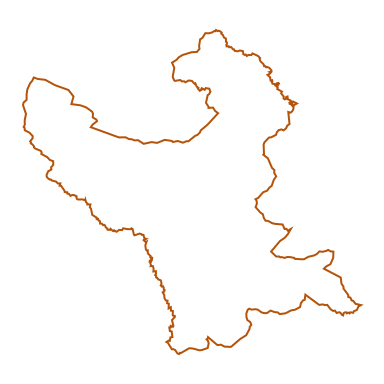 outline of Rio Verde, Goiás, Brazil
{"feature_id": "56859067B61062500019904", "entity_name": "Rio Verde", "entity_type": "district", "adm_level": 2, "iso_a3": "BRA", "parent_name": "Brazil", "parent_adm1": "Goiás", "projection": "mercator", "projection_center": [-51.014, -17.719], "detail": "fine", "context": "isolated", "style": "outline", "palette": "amber", "viewbox_px": 384, "rotation_deg": 0, "n_neighbors": 0, "source": "geoboundaries", "source_scale": "gbopen_adm2", "svg_char_len": 5917}
<svg xmlns="http://www.w3.org/2000/svg" viewBox="0 0 384 384"><path d="M169.9,331.1L171.7,331.4L172.4,337.1L170.4,337.4L169.7,341.0L168.6,340.6L166.5,342.0L167.8,342.7L171.9,349.3L173.5,349.2L175.2,350.1L177.5,353.5L179.2,354.0L179.9,352.8L180.8,353.1L189.3,348.2L193.4,348.6L199.3,350.3L201.6,350.1L207.7,348.0L208.7,343.3L207.8,340.5L206.6,339.4L207.7,338.5L208.0,337.1L217.4,345.1L221.0,344.7L224.5,346.6L230.7,346.9L231.8,346.2L240.2,339.0L246.2,335.2L249.5,329.1L249.7,327.1L251.3,324.8L250.2,322.0L247.4,320.1L246.5,317.4L246.3,313.7L247.7,309.8L249.2,308.7L251.4,309.6L255.5,309.2L257.8,309.7L261.6,312.4L264.2,313.1L266.9,313.1L270.6,310.6L274.6,312.1L277.8,312.4L279.7,314.1L285.6,313.3L291.1,310.4L295.1,309.7L300.1,307.0L300.9,303.2L303.0,300.4L304.7,299.8L305.4,294.7L319.2,304.9L322.9,304.4L324.8,305.1L327.3,304.9L330.5,309.2L333.0,310.9L334.9,310.6L336.7,313.0L339.1,312.2L340.3,312.7L342.0,314.9L343.1,315.4L343.6,313.2L344.8,312.4L346.7,312.4L346.9,313.3L349.2,312.6L349.6,313.3L350.8,312.3L353.2,312.8L353.8,311.3L356.9,309.9L358.9,305.5L359.6,305.9L361.0,305.1L355.5,303.8L353.3,300.9L351.6,300.4L350.4,297.6L348.3,297.0L348.2,294.9L343.5,288.6L343.5,286.7L341.5,283.7L340.7,277.5L323.9,268.7L326.3,266.4L330.4,264.2L333.2,257.9L333.4,251.6L330.7,251.4L328.1,249.9L326.4,250.9L322.4,251.8L319.4,251.4L316.8,254.1L313.9,255.5L308.3,256.8L304.1,259.2L301.5,259.3L294.7,258.8L294.2,257.9L290.2,257.1L287.3,257.0L284.6,257.9L281.7,257.1L280.2,257.3L279.2,256.5L276.2,256.5L271.1,251.6L279.9,241.1L284.7,237.8L287.7,234.4L290.8,229.0L287.9,230.7L286.4,228.8L284.6,229.0L282.6,224.5L275.3,223.9L272.4,223.3L268.0,220.9L265.5,220.7L263.8,217.9L262.9,214.3L260.2,212.4L255.6,207.1L256.9,203.7L256.6,200.7L255.5,199.2L258.1,198.0L263.2,192.2L267.1,190.7L269.5,187.5L271.7,185.9L273.7,180.0L276.2,176.3L274.2,172.9L274.4,170.1L272.0,167.9L267.9,158.3L263.3,154.7L264.0,153.9L263.6,144.7L264.4,142.4L268.9,137.6L271.2,137.3L276.1,134.8L276.8,132.3L278.6,130.2L281.5,129.4L283.5,130.4L286.0,128.4L287.4,125.5L289.5,124.1L288.3,112.0L290.5,112.7L292.2,111.3L293.4,109.0L293.7,105.3L296.9,103.5L293.0,101.5L292.0,102.5L292.8,105.2L292.4,105.9L290.8,104.0L289.7,103.9L289.4,102.7L291.2,101.6L290.7,100.5L287.8,99.3L287.5,96.5L286.3,96.9L285.7,99.1L284.9,99.4L283.5,98.4L283.8,96.7L281.1,93.3L282.0,91.6L277.3,89.1L277.7,87.4L276.9,86.8L279.0,83.5L278.2,82.9L276.8,83.3L276.0,85.6L275.2,85.4L275.1,84.1L272.5,83.7L271.8,81.9L272.4,81.1L272.1,80.1L270.6,80.5L270.0,77.2L267.5,74.9L269.9,73.7L270.7,72.7L269.6,72.0L271.5,71.5L271.5,70.5L269.4,67.9L266.9,66.9L266.1,67.3L265.1,66.1L264.1,66.2L263.6,64.3L260.4,61.2L259.6,58.9L260.1,58.1L258.1,56.0L252.5,53.4L251.3,55.1L248.4,54.9L246.8,56.0L245.7,54.5L244.6,54.9L243.3,54.1L242.9,51.1L239.8,50.5L237.7,51.3L234.8,50.9L234.0,49.4L233.1,49.4L231.2,47.1L229.0,47.2L228.6,46.2L226.6,46.4L226.3,44.8L226.9,44.1L226.9,42.4L226.0,41.8L225.9,38.6L223.9,37.4L223.0,35.1L221.3,33.7L221.7,32.6L220.1,31.3L218.4,30.7L217.5,31.1L216.0,30.0L215.3,31.2L214.4,31.0L212.2,32.4L209.0,33.3L205.3,33.2L202.5,37.8L200.1,39.4L199.1,46.1L199.5,48.9L196.8,52.0L191.7,52.2L182.6,55.0L178.9,57.2L176.7,59.7L172.0,62.7L174.3,67.7L172.7,76.9L174.2,80.4L175.0,80.9L180.2,80.0L181.9,81.4L184.1,81.3L185.4,82.3L188.7,80.5L191.9,80.9L194.5,83.8L195.3,83.3L196.7,86.6L198.4,87.9L197.9,88.6L199.8,90.8L201.8,89.6L201.3,89.0L201.8,88.2L204.7,89.8L205.7,88.1L209.3,88.7L210.4,91.7L209.2,94.1L207.7,95.1L206.0,102.8L208.6,106.9L208.5,107.9L213.0,107.6L215.2,111.0L218.1,113.2L207.4,124.8L200.7,130.4L199.9,132.5L197.5,134.9L195.2,135.8L188.4,141.3L186.6,141.2L182.9,142.7L177.9,141.0L172.8,142.0L171.7,140.9L164.7,139.9L157.1,142.9L151.6,142.1L143.7,143.8L138.0,140.2L134.7,140.4L131.9,139.3L129.0,139.1L125.6,137.3L118.9,137.4L90.8,127.2L92.7,124.5L97.0,121.2L96.4,119.6L92.7,117.4L93.0,113.5L92.0,111.6L86.4,107.5L84.3,106.7L80.3,105.3L71.4,104.1L73.5,96.5L68.5,90.0L55.1,85.2L45.2,79.8L37.9,79.0L33.8,77.5L32.1,81.0L30.1,83.3L27.4,89.2L26.6,94.3L26.6,99.9L23.6,102.5L23.0,105.1L26.0,114.0L24.7,120.2L24.8,124.7L23.7,127.0L24.6,127.8L24.8,130.3L29.4,132.6L32.7,136.1L32.6,138.3L30.1,141.3L31.1,142.5L30.8,143.4L32.5,144.5L34.1,146.5L34.0,147.5L35.3,148.6L40.7,150.8L41.7,152.3L41.3,153.9L47.2,157.1L49.8,159.9L53.2,161.2L53.2,164.9L51.1,167.3L51.3,169.6L48.2,171.3L46.6,174.9L46.7,176.8L48.3,178.6L49.8,179.6L50.8,179.4L51.6,180.4L56.1,181.6L57.9,183.5L60.3,183.4L59.6,185.7L61.1,185.8L64.6,190.9L64.7,192.0L67.3,192.3L67.3,193.6L69.0,193.9L70.5,195.9L72.2,195.0L74.1,195.1L76.6,196.3L76.4,197.6L77.2,199.2L78.2,199.5L82.5,199.4L85.0,200.3L85.3,199.4L86.1,202.3L87.5,203.6L87.4,204.5L90.4,204.4L89.8,207.2L91.0,208.7L92.3,214.9L96.7,217.7L96.5,218.8L97.3,219.4L98.1,219.0L98.7,220.6L99.9,221.2L100.1,223.6L101.8,223.6L103.1,225.2L104.1,224.8L105.0,225.4L105.8,227.4L107.4,228.6L107.5,229.7L110.0,229.9L110.5,228.8L112.8,230.9L113.7,231.2L114.2,230.3L116.5,231.8L119.2,229.9L122.1,230.1L123.2,228.3L127.7,229.2L131.1,229.1L131.5,228.4L132.6,229.0L133.9,234.7L134.6,235.3L139.6,233.6L141.4,234.1L141.9,234.9L143.5,234.9L144.0,237.2L145.2,238.7L146.1,238.9L144.6,239.8L144.1,239.4L143.6,240.1L145.7,242.1L146.6,241.6L145.3,245.4L145.9,249.4L146.6,250.5L147.7,250.3L147.9,253.5L150.5,255.9L150.2,256.9L152.2,257.7L152.1,258.7L151.0,258.2L151.6,260.3L149.8,260.6L149.6,261.7L150.9,261.9L150.3,263.2L151.1,265.5L150.8,266.1L152.9,266.1L153.6,268.7L153.4,271.5L155.9,271.2L156.0,273.5L155.2,275.0L155.9,275.3L156.2,277.5L157.2,277.8L158.2,279.4L160.7,280.3L161.1,281.2L161.5,283.9L160.7,285.4L161.9,286.6L162.8,286.1L163.7,287.6L163.8,289.9L164.6,290.2L164.1,291.7L162.7,292.3L164.2,295.0L164.5,298.3L165.8,300.4L167.5,300.7L167.1,303.2L168.8,303.7L168.6,308.4L170.8,307.2L171.0,310.7L172.9,311.0L172.7,315.1L173.3,315.8L174.7,315.8L174.9,316.9L172.0,320.0L173.4,326.0L172.9,326.8L170.7,325.8L170.4,326.7L171.3,326.7L170.5,327.5L169.3,327.5L169.9,331.1Z" fill="none" stroke="#b45309" stroke-width="2"/></svg>